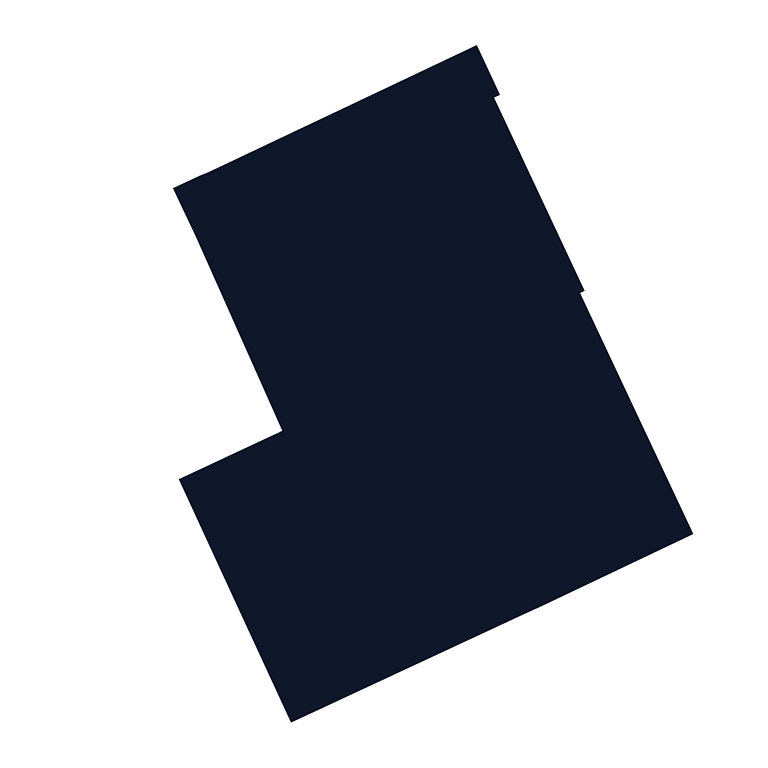 the district of Washington, Colorado, United States of America, rotated 335°
{"feature_id": "52423323B54769697673955", "entity_name": "Washington", "entity_type": "district", "adm_level": 2, "iso_a3": "USA", "parent_name": "United States of America", "parent_adm1": "Colorado", "projection": "natural_earth1", "projection_center": [-103.241, 40.002], "detail": "fine", "context": "isolated", "style": "filled", "palette": "ink", "viewbox_px": 768, "rotation_deg": 335, "n_neighbors": 0, "source": "geoboundaries", "source_scale": "gbopen_adm2", "svg_char_len": 375}
<svg xmlns="http://www.w3.org/2000/svg" viewBox="0 0 768 768"><g transform="rotate(335 384 384)"><path d="M157.8,544.4L157.4,650.8L424.6,651.0L428.1,651.2L600.2,649.9L599.4,383.6L604.5,383.6L604.0,170.1L610.6,170.2L610.6,116.8L314.4,118.6L304.7,118.1L276.2,118.1L276.5,171.0L272.8,384.2L158.5,384.3L157.8,544.4Z" fill="#0f172a" stroke="#020617" stroke-width="1.5"/></g></svg>